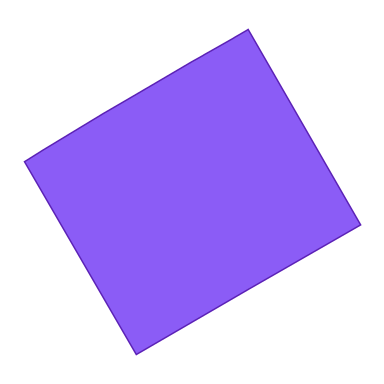 Wayne, Iowa, United States of America (Natural Earth projection), rotated 150°
{"feature_id": "52423323B91237722632689", "entity_name": "Wayne", "entity_type": "district", "adm_level": 2, "iso_a3": "USA", "parent_name": "United States of America", "parent_adm1": "Iowa", "projection": "natural_earth1", "projection_center": [-93.366, 40.739], "detail": "fine", "context": "isolated", "style": "filled", "palette": "violet", "viewbox_px": 384, "rotation_deg": 150, "n_neighbors": 0, "source": "geoboundaries", "source_scale": "gbopen_adm2", "svg_char_len": 400}
<svg xmlns="http://www.w3.org/2000/svg" viewBox="0 0 384 384"><g transform="rotate(150 192 192)"><path d="M321.5,79.1L191.8,79.5L62.4,79.2L62.1,304.7L63.7,304.6L67.0,304.6L78.3,304.6L78.7,304.5L80.6,304.5L113.0,304.8L113.9,304.7L127.2,304.9L165.3,304.6L181.6,304.5L197.4,304.4L229.6,304.3L300.1,302.8L321.2,302.0L321.9,302.0L321.5,79.1Z" fill="#8b5cf6" stroke="#5b21b6" stroke-width="1.5"/></g></svg>